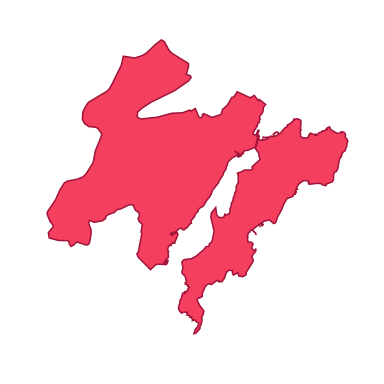 Moss nor, Østfold, Norway, rotated 200°
{"feature_id": "86288312B47904591856116", "entity_name": "Moss nor", "entity_type": "district", "adm_level": 2, "iso_a3": "NOR", "parent_name": "Norway", "parent_adm1": "Østfold", "projection": "albers", "projection_center": [10.675, 59.459], "detail": "fine", "context": "isolated", "style": "filled", "palette": "rose", "viewbox_px": 384, "rotation_deg": 200, "n_neighbors": 0, "source": "geoboundaries", "source_scale": "gbopen_adm2", "svg_char_len": 6049}
<svg xmlns="http://www.w3.org/2000/svg" viewBox="0 0 384 384"><g transform="rotate(200 192 192)"><path d="M191.3,115.0L190.8,116.8L191.2,120.2L192.4,117.1L193.6,115.5L194.2,115.9L193.2,119.8L191.8,122.6L193.4,126.1L193.6,128.1L195.1,129.2L195.5,132.3L194.8,133.5L195.0,134.6L193.2,134.8L193.7,135.6L193.2,136.7L191.1,138.0L192.2,138.2L190.9,139.4L190.6,147.1L191.8,148.6L193.5,147.8L194.8,146.8L195.7,144.5L197.4,144.8L197.5,146.7L196.2,145.8L195.5,147.0L195.7,147.5L193.1,149.7L191.5,153.0L189.7,154.5L187.7,153.3L186.3,153.8L185.3,156.4L184.4,156.6L183.1,161.1L181.8,162.5L183.1,164.7L181.4,169.0L181.1,173.2L179.6,175.7L180.3,176.7L178.9,180.0L176.5,182.6L175.2,189.6L173.6,193.7L173.6,195.8L173.1,196.5L173.4,200.3L170.1,210.1L170.4,211.1L168.7,218.5L168.9,220.9L167.8,225.6L168.5,227.9L167.9,229.2L168.5,231.6L168.3,232.8L165.9,237.8L161.9,242.1L162.0,241.3L160.4,241.0L159.9,241.8L160.5,241.8L160.3,242.7L159.3,242.8L159.7,241.4L158.4,242.6L166.0,245.0L158.4,243.7L156.4,246.5L158.0,245.1L158.5,246.0L156.1,249.3L154.1,250.0L148.9,254.8L147.8,254.9L148.5,263.2L149.2,266.4L149.8,266.6L149.3,268.4L149.7,267.7L150.1,268.7L150.0,272.7L151.1,272.7L151.4,267.1L154.6,267.3L154.5,270.8L153.2,276.5L153.8,276.6L153.4,279.6L152.7,280.2L153.2,280.3L152.9,284.1L154.5,285.8L153.0,289.8L152.8,291.6L153.8,296.2L152.7,299.5L160.3,301.9L160.7,300.4L166.6,304.1L169.5,300.4L183.8,301.7L185.2,295.7L186.9,294.5L188.5,285.7L191.5,280.1L191.3,274.8L198.7,268.9L207.8,269.7L208.7,268.3L208.0,266.3L208.7,265.1L210.9,264.5L217.5,271.7L220.8,267.5L222.1,268.3L228.0,263.2L237.7,259.2L250.4,250.3L265.1,243.1L269.2,243.8L270.4,248.6L267.5,253.9L261.0,262.6L243.0,281.3L233.1,295.4L232.0,299.3L233.1,300.6L237.6,300.8L238.2,309.0L239.3,311.5L258.7,315.6L262.7,317.8L269.3,323.8L272.8,324.5L276.5,318.7L282.5,306.8L285.6,303.0L291.6,298.4L303.0,296.1L301.8,286.9L304.3,264.2L305.3,259.8L306.6,257.3L320.0,240.9L321.3,235.9L321.9,229.8L319.9,222.8L316.5,219.6L311.4,218.2L304.6,219.9L302.1,219.5L296.9,215.9L296.3,213.0L296.9,197.8L295.0,185.8L297.7,173.0L299.5,169.0L304.7,164.4L312.6,159.8L315.0,157.1L316.9,148.4L317.5,138.5L320.9,124.8L321.0,123.2L320.3,121.3L314.9,115.3L312.9,114.6L310.5,112.1L313.1,104.7L310.4,99.9L300.7,100.8L292.5,103.7L290.9,103.6L289.7,101.3L287.0,99.4L285.1,101.7L283.3,105.6L273.0,106.0L271.2,107.5L271.1,110.3L272.5,118.3L274.0,122.1L278.3,126.9L278.6,130.2L273.5,130.1L266.2,134.4L264.1,137.5L264.4,139.7L263.6,141.4L258.1,146.2L256.4,149.7L253.0,151.9L246.8,158.3L243.1,159.8L239.2,155.7L234.6,154.2L233.3,151.6L233.6,148.5L231.5,146.3L227.6,144.5L226.2,137.0L224.9,135.8L221.9,117.0L222.7,115.2L220.2,112.3L204.4,104.8L201.8,110.2L200.1,112.3L191.3,115.0ZM140.6,70.3L140.9,66.7L141.8,64.3L141.8,59.5L140.0,60.8L137.8,66.2L138.5,68.7L138.1,70.7L138.6,74.6L140.0,78.0L139.7,80.6L140.1,84.2L146.2,88.2L150.5,92.5L149.5,95.0L148.6,95.0L146.7,97.3L147.6,100.0L147.2,107.1L146.6,109.4L144.7,111.6L142.2,111.6L138.3,117.4L136.2,117.6L136.3,116.1L136.0,117.2L133.3,117.7L132.0,122.1L132.2,128.0L130.7,131.1L127.2,131.9L125.8,128.8L124.5,128.2L121.5,131.7L119.1,129.0L115.4,129.8L112.9,132.6L113.5,135.4L110.9,147.1L111.3,149.2L112.9,150.5L113.6,152.6L112.0,157.7L112.0,159.2L112.8,160.7L112.7,159.2L114.2,158.2L116.5,159.7L117.0,161.3L116.7,164.0L117.2,164.3L118.9,165.1L122.4,164.3L124.0,167.3L123.9,168.7L125.0,169.4L124.7,170.2L125.1,172.9L124.0,174.1L124.0,175.9L122.5,176.8L118.1,174.9L116.9,173.4L118.1,175.1L121.9,176.9L121.9,177.9L118.3,183.8L115.6,182.8L118.2,183.9L117.1,185.7L113.8,183.8L116.6,185.8L116.1,186.8L113.2,185.6L115.6,186.6L114.7,188.9L109.7,192.2L104.5,190.3L103.3,191.2L102.8,193.6L103.1,197.5L101.6,206.9L101.7,211.2L100.4,218.4L95.6,222.4L95.9,224.5L94.3,225.1L94.0,227.5L94.5,228.2L94.5,227.0L95.2,226.0L94.9,227.4L95.3,230.0L93.9,230.4L93.4,231.2L94.8,230.4L95.2,232.3L94.3,236.2L92.4,239.1L90.7,241.0L87.5,242.1L86.0,241.8L86.2,240.9L84.6,239.3L77.0,243.1L72.5,244.1L72.2,243.4L68.5,243.6L68.1,245.7L63.5,249.6L63.3,251.9L64.8,256.7L64.8,258.6L64.4,260.1L63.3,260.6L63.0,263.6L64.7,273.6L63.8,275.9L64.1,280.3L62.2,283.2L62.5,285.7L62.1,287.5L63.0,290.6L62.9,292.5L63.7,294.1L66.8,296.0L67.5,298.7L69.3,300.0L71.5,300.1L72.7,299.2L72.3,298.7L72.6,298.0L76.3,296.8L83.0,298.1L84.9,300.3L86.9,298.5L86.6,296.6L87.4,297.1L88.1,295.2L90.7,293.7L90.8,292.6L92.8,291.2L93.9,288.5L94.9,288.6L94.4,288.2L94.7,287.5L100.8,287.9L101.7,286.1L101.1,285.1L101.7,284.4L101.8,282.3L106.8,280.8L109.0,281.6L111.2,286.4L111.1,287.3L110.1,287.4L111.4,287.9L113.8,295.9L115.0,296.8L117.9,296.8L121.3,295.2L120.7,294.6L123.1,289.9L125.1,288.0L125.2,285.5L126.8,283.8L129.1,277.5L130.5,276.6L132.3,277.7L134.8,275.8L132.1,277.5L130.2,276.0L133.3,272.4L135.3,274.0L134.3,275.3L134.7,275.2L135.5,274.1L134.1,272.8L134.8,271.8L137.3,271.4L137.6,270.0L139.9,269.5L141.2,268.4L144.6,267.9L142.0,267.8L139.8,269.1L138.9,268.0L143.0,264.9L144.0,266.7L143.4,265.1L145.1,264.2L147.5,264.2L147.7,266.9L148.1,267.4L147.2,254.4L141.8,250.7L141.8,249.4L139.1,245.7L143.7,237.4L144.2,236.0L142.8,235.0L144.3,232.8L150.6,230.4L152.0,228.3L155.8,225.3L154.0,222.9L151.8,216.6L152.4,212.5L151.0,208.6L151.5,206.3L150.9,202.4L151.3,201.3L150.5,197.4L151.2,195.3L150.3,191.6L150.6,189.6L149.6,186.3L149.8,184.4L151.9,181.8L153.4,182.6L153.6,178.8L158.0,177.3L161.2,179.2L164.4,185.6L166.5,179.4L166.5,177.9L165.9,177.4L166.0,175.6L164.9,173.5L157.8,162.7L156.4,153.4L156.9,150.8L158.1,148.9L157.3,147.7L157.6,146.6L160.1,145.5L161.2,141.9L166.0,133.4L170.0,128.9L174.0,127.1L174.5,126.0L175.9,126.2L176.9,124.8L177.5,122.4L174.6,117.8L174.2,113.6L173.4,112.1L169.8,110.5L166.3,105.7L167.3,104.8L166.8,103.0L164.5,103.3L163.8,102.8L164.1,102.0L161.9,101.3L162.4,99.7L163.3,99.8L162.4,99.6L162.9,97.6L162.5,96.9L164.8,95.8L163.9,94.4L165.9,94.1L166.1,91.5L165.6,89.3L166.3,85.8L165.7,84.5L165.2,79.0L164.2,76.9L160.6,74.5L158.3,76.5L155.3,77.3L155.3,76.2L153.8,75.2L154.3,74.8L151.7,75.1L151.4,73.6L149.5,74.5L149.3,73.1L147.3,72.3L147.5,71.3L145.3,72.8L143.3,71.4L141.5,71.5L140.6,70.3Z" fill="#f43f5e" stroke="#9f1239" stroke-width="1.5"/></g></svg>